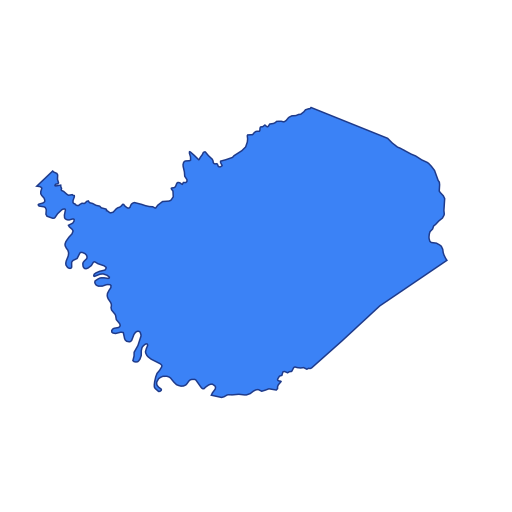 outline of Bonito Oriental, Colón, Honduras, rotated 255°
{"feature_id": "27666195B94434942697031", "entity_name": "Bonito Oriental", "entity_type": "district", "adm_level": 2, "iso_a3": "HND", "parent_name": "Honduras", "parent_adm1": "Colón", "projection": "robinson", "projection_center": [-85.72, 15.712], "detail": "fine", "context": "isolated", "style": "filled", "palette": "blue", "viewbox_px": 512, "rotation_deg": 255, "n_neighbors": 0, "source": "geoboundaries", "source_scale": "gbopen_adm2", "svg_char_len": 6033}
<svg xmlns="http://www.w3.org/2000/svg" viewBox="0 0 512 512"><g transform="rotate(255 256 256)"><path d="M133.1,176.8L128.3,186.1L128.3,188.6L129.2,192.1L129.2,193.2L128.0,197.2L126.9,203.6L124.7,209.2L124.3,210.9L124.6,214.8L126.1,218.4L126.7,221.0L126.6,222.7L126.2,223.9L123.9,226.5L124.0,230.1L124.4,234.1L121.3,240.9L122.3,242.5L124.2,243.0L125.8,244.2L128.2,247.7L128.7,247.5L129.4,245.8L130.1,245.0L130.9,244.8L131.8,245.3L133.9,247.6L134.0,250.1L136.5,251.6L137.2,252.3L137.0,253.8L135.0,256.3L135.6,258.2L135.3,260.4L135.6,260.9L138.3,263.4L138.7,264.2L138.7,265.0L137.5,267.0L136.3,270.1L135.9,273.1L133.5,275.8L133.9,277.6L133.3,279.3L133.5,280.7L151.8,317.2L175.8,362.7L202.4,439.3L204.8,438.5L208.5,437.8L210.8,437.7L214.2,438.1L217.5,437.5L219.2,436.2L221.7,433.6L223.6,429.0L224.1,428.4L225.3,427.7L228.1,427.7L229.6,428.0L232.4,429.1L234.5,430.4L236.4,433.6L239.0,435.3L240.0,437.6L242.5,441.6L244.4,445.9L246.7,448.1L247.8,448.7L251.4,449.3L262.6,453.1L265.7,452.5L269.6,450.4L271.3,449.8L277.3,451.8L279.9,452.2L281.8,451.5L292.4,450.6L297.3,448.6L300.8,446.7L302.1,445.6L306.0,440.9L311.3,436.1L314.3,432.2L322.9,423.1L324.5,420.9L329.8,416.9L335.6,413.6L385.2,347.6L384.3,346.3L384.6,344.8L384.4,341.6L382.9,339.6L381.3,335.8L381.7,333.9L381.3,330.9L382.1,326.9L381.6,324.3L381.2,323.2L379.1,320.2L378.4,318.2L378.5,317.2L379.6,315.3L380.7,310.9L379.8,308.9L379.5,307.3L379.9,303.4L378.0,301.3L377.8,300.5L378.3,299.8L380.2,298.5L379.2,296.1L379.2,295.2L379.5,294.3L379.3,293.6L378.5,293.0L376.2,292.2L375.6,291.5L376.2,289.4L376.3,288.1L375.7,286.4L374.1,284.1L375.1,279.3L374.4,278.7L371.2,278.2L368.3,277.1L364.0,274.2L361.4,269.6L358.6,260.8L357.3,258.8L356.8,251.7L356.8,246.4L356.2,246.1L355.3,246.0L352.2,246.7L351.8,246.3L351.3,244.7L351.6,243.6L352.2,242.8L354.5,242.5L355.3,242.1L355.6,240.2L356.3,239.3L357.2,238.9L359.0,239.1L360.8,238.8L365.3,236.0L369.6,234.0L369.9,233.1L369.6,231.9L367.9,230.5L365.5,227.5L363.9,226.1L363.8,225.6L369.2,222.4L373.5,219.5L373.9,218.8L372.7,218.3L368.6,218.4L365.5,217.6L365.2,216.7L366.0,212.7L365.9,211.4L365.1,210.3L363.2,209.2L361.2,208.8L355.8,208.6L351.5,207.8L347.5,209.1L345.8,208.5L345.1,207.2L345.8,204.9L344.3,203.4L344.7,202.8L346.5,201.3L347.2,199.8L347.2,199.0L346.2,197.9L344.5,196.7L343.5,195.6L343.2,194.5L343.5,192.3L343.3,191.7L342.4,191.7L340.2,192.6L334.6,191.4L332.1,188.6L331.7,187.4L331.6,186.0L332.8,179.8L330.5,174.3L328.3,171.5L328.7,170.6L330.3,169.0L331.4,165.7L333.3,162.1L335.4,159.0L339.1,152.4L339.0,150.8L338.4,149.2L337.7,148.4L335.6,146.8L335.2,145.5L335.5,144.6L336.2,143.8L338.0,142.4L340.1,141.5L340.4,140.6L339.0,138.5L338.4,136.8L338.4,135.2L337.8,133.3L335.3,129.4L335.3,126.6L335.8,125.9L338.1,124.1L338.5,123.3L339.6,123.6L340.2,123.2L342.6,119.0L344.6,117.9L346.4,114.5L349.0,111.8L350.4,109.3L351.0,108.8L352.6,108.3L352.6,106.7L351.2,104.1L351.4,103.1L352.0,101.6L351.4,99.3L350.7,97.6L351.1,96.2L352.4,94.8L353.3,94.6L354.0,93.4L355.1,93.1L356.9,93.6L360.3,95.9L361.4,96.1L361.9,95.0L362.8,94.4L363.2,90.6L364.6,89.3L368.2,86.9L369.6,85.2L370.4,85.0L371.7,85.7L373.1,85.4L375.0,85.7L375.5,80.7L375.9,80.1L376.4,80.1L377.2,81.1L377.1,83.3L377.7,84.2L381.5,84.1L385.6,85.4L387.3,85.0L389.5,82.3L390.7,81.6L380.2,62.3L378.9,65.4L377.4,66.6L376.8,66.6L374.0,64.8L371.8,64.2L369.9,64.7L366.7,66.3L364.5,66.4L363.3,66.0L362.7,65.1L362.3,63.5L362.3,59.7L362.0,59.0L361.5,58.9L360.4,59.4L358.4,63.9L357.4,65.0L355.0,65.4L350.7,63.9L348.5,64.4L345.2,69.2L344.8,70.7L345.1,71.7L348.2,75.3L350.9,80.3L351.2,81.7L351.0,83.2L350.5,83.8L349.7,83.8L345.1,81.5L342.5,81.0L341.5,81.3L340.4,82.2L339.6,83.5L339.2,85.0L339.2,88.7L338.8,89.5L338.3,89.8L336.7,89.2L335.2,87.5L334.2,82.8L332.6,83.2L329.2,85.4L327.5,85.8L325.0,84.0L322.6,80.2L320.2,77.3L318.9,75.9L316.9,74.6L315.2,74.3L312.4,74.9L310.2,75.8L307.4,75.8L304.7,74.7L300.3,71.4L298.3,70.4L296.5,70.1L294.3,70.8L293.3,71.4L292.4,72.5L292.1,73.7L292.3,74.5L293.0,75.1L297.4,76.2L298.2,76.8L299.1,78.2L299.9,82.6L304.2,86.4L304.8,87.3L304.7,88.3L304.1,89.6L302.4,91.6L300.6,92.5L299.3,92.6L298.0,92.3L297.2,91.7L295.5,88.7L294.5,87.4L293.3,86.7L290.9,86.3L289.5,86.5L288.3,87.2L287.7,88.5L287.8,90.5L289.4,94.5L292.0,97.2L292.3,98.3L291.7,99.2L289.5,101.3L285.9,106.7L283.8,108.3L282.6,107.8L281.5,106.4L281.7,100.9L281.1,97.0L280.3,95.0L279.1,94.2L278.3,94.3L278.1,94.7L278.8,100.6L278.3,103.7L275.9,107.2L273.5,108.9L272.7,108.5L272.6,107.4L274.2,103.7L275.0,100.8L275.1,99.5L274.7,97.5L273.6,94.2L272.4,93.5L271.0,93.5L269.5,94.0L268.5,94.9L267.6,96.2L266.7,99.8L267.0,103.9L266.8,105.5L266.0,107.7L265.0,108.3L263.0,107.6L261.1,105.4L258.4,102.9L256.5,102.1L255.0,101.9L253.0,102.1L248.9,103.5L247.1,103.8L245.2,103.4L243.7,102.6L241.2,102.5L236.1,104.8L234.7,105.0L230.7,104.6L225.9,106.8L224.2,106.9L223.1,106.1L222.5,104.8L222.9,100.2L222.6,98.9L221.5,97.4L219.9,97.0L218.7,97.8L217.5,100.2L217.4,105.9L216.4,108.0L210.2,107.7L208.6,108.0L207.1,109.0L205.9,111.4L205.9,112.7L206.7,114.1L211.8,117.8L213.4,119.8L213.9,121.2L213.9,122.6L213.3,123.7L212.3,124.4L209.5,124.5L208.3,124.1L200.1,118.8L194.6,113.4L190.9,112.3L186.8,110.0L185.5,110.9L184.7,112.6L184.5,114.4L185.2,115.7L186.4,117.2L189.6,119.4L194.2,120.7L197.1,122.2L198.2,123.6L199.3,125.7L199.6,127.1L199.2,128.1L198.5,128.3L197.5,128.1L194.8,126.0L192.0,124.4L190.4,124.4L188.1,124.9L186.5,125.7L183.5,128.0L176.6,135.7L175.3,136.5L174.4,136.7L173.3,136.2L170.6,133.4L168.2,130.0L165.1,127.8L160.9,125.6L157.9,124.4L155.8,123.9L154.2,124.3L150.4,126.8L150.1,128.1L150.7,129.6L151.4,130.0L152.1,129.9L154.5,128.0L156.4,127.1L157.8,126.9L159.4,127.3L160.2,127.7L162.7,130.2L163.5,132.4L163.9,134.9L162.9,138.8L161.7,140.6L160.4,141.8L155.3,144.1L152.3,145.9L150.9,147.8L149.7,149.9L149.2,152.3L149.6,154.8L150.4,156.1L152.6,158.8L153.4,160.5L153.4,162.0L152.8,164.5L152.3,165.4L151.6,165.9L143.5,168.9L142.3,169.5L141.6,170.2L141.3,171.4L142.4,173.4L143.7,176.9L143.9,179.1L143.5,180.7L141.3,182.6L139.9,183.0L138.0,182.2L135.1,178.5L133.1,176.8Z" fill="#3b82f6" stroke="#1e3a8a" stroke-width="1.5"/></g></svg>